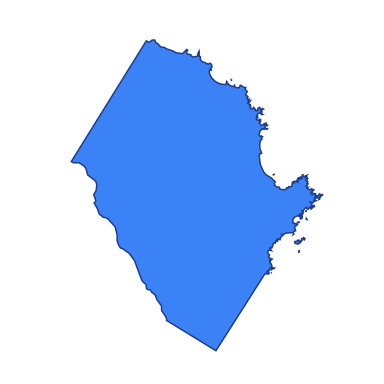 Florentino Ameghino, Chubut, Argentina (orthographic projection), rotated 304°
{"feature_id": "61730980B85426679485259", "entity_name": "Florentino Ameghino", "entity_type": "district", "adm_level": 2, "iso_a3": "ARG", "parent_name": "Argentina", "parent_adm1": "Chubut", "projection": "orthographic", "projection_center": [-65.622, -44.445], "detail": "fine", "context": "isolated", "style": "filled", "palette": "blue", "viewbox_px": 384, "rotation_deg": 304, "n_neighbors": 0, "source": "geoboundaries", "source_scale": "gbopen_adm2", "svg_char_len": 6156}
<svg xmlns="http://www.w3.org/2000/svg" viewBox="0 0 384 384"><g transform="rotate(304 192 192)"><path d="M149.7,74.9L149.9,77.3L153.1,82.1L153.1,88.1L152.2,90.9L147.8,96.0L147.3,104.4L146.5,107.1L144.4,109.2L139.6,111.7L134.7,112.1L131.3,116.8L129.9,117.5L128.3,116.9L125.1,123.2L122.3,126.8L121.7,128.1L121.8,130.3L121.3,131.7L122.5,135.2L122.7,137.4L120.2,147.7L114.3,154.2L109.9,157.0L107.1,160.5L105.6,163.9L106.2,166.1L106.0,174.4L102.9,182.8L90.8,199.6L89.9,202.5L89.7,205.6L86.4,208.3L86.3,209.8L87.5,212.3L86.2,215.1L86.2,217.9L85.7,219.5L83.2,223.0L80.4,230.5L76.6,233.2L74.2,239.5L72.6,241.9L71.3,242.6L73.8,300.6L164.4,298.2L166.1,299.0L168.3,298.8L168.6,300.3L169.9,299.1L170.9,299.4L170.9,300.1L172.6,299.2L173.7,300.4L172.4,301.4L173.3,301.5L174.0,302.7L174.9,302.7L173.1,301.2L173.9,300.5L174.5,301.6L174.6,300.5L173.9,299.7L175.7,299.3L176.8,297.5L176.6,296.6L177.9,296.0L177.8,295.4L178.7,295.4L178.6,294.7L179.7,294.7L180.3,295.0L180.3,295.9L181.2,296.0L180.7,295.2L181.1,294.3L180.2,293.5L180.6,292.2L183.3,291.4L183.2,290.0L185.3,287.7L187.3,288.8L187.8,290.6L188.5,289.0L188.0,288.7L189.1,287.9L190.6,289.9L190.4,289.2L191.3,289.3L191.0,288.5L191.8,289.2L194.6,288.3L196.0,288.7L196.2,289.5L197.6,288.8L198.7,290.3L199.3,290.1L199.1,289.1L200.4,289.0L200.8,290.3L201.5,289.7L202.1,290.1L201.9,291.6L204.2,290.9L206.9,291.4L207.1,290.6L207.4,291.7L208.9,291.8L210.8,293.3L214.9,298.6L216.4,298.4L217.8,299.6L220.4,296.5L223.8,297.7L223.9,295.9L222.9,295.0L223.4,294.3L222.8,292.7L225.5,291.1L229.1,291.2L231.6,293.2L231.7,295.5L230.5,296.8L231.3,297.0L231.1,297.7L232.4,297.9L234.4,296.3L234.1,295.4L233.5,295.8L232.8,295.1L232.9,294.1L233.6,293.5L235.1,295.2L235.6,294.9L236.2,296.1L236.8,295.1L237.5,295.4L237.8,294.2L238.2,295.0L238.7,294.4L242.2,295.0L243.2,295.6L242.5,296.8L243.0,296.8L242.7,297.9L247.2,298.7L247.5,299.4L247.0,300.0L248.4,301.7L249.2,300.9L247.6,298.9L249.2,297.8L249.7,295.8L250.0,296.6L249.5,296.9L249.6,297.9L252.3,298.6L253.2,297.7L253.6,298.4L253.2,299.0L254.2,299.8L254.1,298.9L255.3,297.8L255.3,297.0L256.4,297.5L257.6,297.0L257.6,296.4L258.5,296.7L258.4,295.9L259.7,295.4L258.6,293.7L257.4,293.5L257.7,293.0L256.7,292.5L257.0,291.4L258.3,290.7L259.2,291.9L259.5,291.3L261.9,291.9L261.8,290.5L260.8,289.7L261.3,289.0L260.0,288.7L259.2,287.5L259.4,285.7L260.7,285.8L259.8,284.9L261.0,284.3L260.6,283.1L263.6,283.7L264.1,283.2L263.7,282.4L266.0,281.8L265.1,281.6L266.3,280.7L265.8,279.9L267.3,280.3L266.9,279.7L267.9,279.6L267.8,279.0L268.3,279.0L267.4,277.9L270.0,278.0L268.0,276.6L267.0,274.7L265.4,275.2L265.3,274.1L264.6,274.1L264.9,273.5L263.9,273.3L263.4,273.8L263.9,275.1L263.2,274.8L263.0,273.5L263.7,272.9L263.3,272.1L260.9,272.4L261.0,273.5L259.2,274.5L259.0,273.7L259.7,272.8L257.9,270.7L257.2,270.3L256.9,271.3L256.4,270.1L255.9,270.6L255.6,270.0L253.2,271.3L251.7,271.2L250.5,269.2L249.0,269.4L248.6,268.2L246.7,268.5L244.2,265.2L243.7,262.8L244.9,261.8L243.7,259.7L243.7,256.9L245.4,255.5L247.0,255.3L248.0,249.9L247.7,243.8L248.7,240.2L252.9,233.4L259.1,227.8L261.4,226.9L263.0,228.1L266.4,223.6L270.0,221.1L272.9,220.0L274.8,220.5L275.6,219.3L277.3,219.5L277.1,217.9L276.6,218.0L276.3,216.8L277.1,215.4L281.7,214.1L282.4,214.9L283.7,214.9L283.7,215.6L284.3,215.8L284.3,216.8L285.5,217.1L285.8,218.2L286.7,215.9L287.7,215.1L288.5,215.3L288.7,217.2L289.6,217.3L289.1,216.3L290.6,214.9L288.6,213.5L287.6,213.7L286.0,212.0L286.8,209.4L287.7,208.9L288.2,209.4L288.6,208.7L289.4,209.2L290.5,208.4L290.2,207.6L288.6,207.3L288.2,205.9L288.9,205.5L288.4,204.7L289.4,203.8L290.5,203.8L290.7,204.6L291.4,203.2L292.0,203.6L292.4,202.9L294.1,202.9L295.7,204.4L295.1,206.6L295.9,207.3L295.8,206.4L296.6,205.4L296.4,204.6L297.1,204.0L297.6,204.7L297.9,203.6L298.5,203.6L298.4,204.2L298.9,204.8L298.7,204.3L299.7,204.1L300.7,204.9L300.8,203.9L299.6,203.5L299.2,202.4L300.0,200.7L298.3,199.9L296.5,200.8L295.4,200.1L295.1,199.1L295.7,198.9L296.6,195.9L294.6,195.7L293.7,193.9L294.6,192.6L295.3,192.3L295.7,192.9L296.0,191.6L297.0,191.5L296.6,188.7L298.0,188.2L298.2,189.3L300.1,189.4L299.1,188.7L299.1,187.9L301.0,187.5L299.9,186.7L300.0,185.7L302.0,185.1L301.6,184.8L302.6,183.8L302.2,183.0L302.9,181.9L306.2,181.6L306.8,178.8L308.7,178.1L307.8,176.9L307.8,172.9L307.4,172.3L305.1,172.9L303.4,171.0L303.1,168.8L304.2,167.6L302.8,167.4L301.9,165.9L301.4,162.9L302.0,161.1L299.7,159.6L297.9,156.3L296.8,152.0L296.7,149.1L297.6,144.4L299.9,140.3L302.3,138.4L306.8,138.7L308.5,137.1L309.0,135.2L306.8,133.6L307.1,133.0L306.4,132.0L306.7,130.0L305.8,128.5L305.9,126.6L306.5,125.0L308.9,123.1L308.7,122.0L310.2,120.9L310.0,120.2L311.6,120.1L312.7,119.1L309.8,119.6L308.0,120.8L304.5,117.6L304.4,115.1L305.2,114.3L303.9,111.3L304.6,109.5L306.5,108.7L307.0,109.1L307.3,108.0L301.4,106.8L298.5,100.9L298.3,97.5L296.4,90.8L296.4,88.2L294.8,85.2L295.8,80.7L295.6,78.5L297.1,76.3L296.7,75.3L295.5,73.9L292.2,72.8L291.7,69.6L149.7,74.9ZM210.5,307.0L208.3,304.9L207.1,306.2L207.7,308.3L208.7,309.4L210.4,309.6L210.5,310.2L214.2,310.2L211.4,309.2L211.1,308.5L211.9,307.5L211.0,306.5L210.5,307.0ZM261.8,298.9L257.9,298.2L256.9,298.9L258.1,300.6L257.8,301.4L258.7,301.4L261.6,300.0L261.8,298.9ZM215.8,310.1L214.7,309.0L214.2,309.2L215.5,310.2L215.0,311.8L216.5,311.9L216.6,310.0L215.8,310.1ZM246.7,300.8L245.1,299.3L244.4,300.3L246.7,300.8ZM262.8,301.3L261.3,300.7L260.8,301.4L262.7,301.9L262.8,301.3ZM253.2,250.6L251.5,249.6L251.1,249.6L253.2,250.6ZM240.9,297.3L239.8,296.9L238.9,297.4L240.9,297.3ZM227.0,297.7L226.0,296.3L225.4,296.6L226.4,297.8L227.0,297.7ZM167.6,301.3L167.2,300.6L166.3,300.6L166.9,301.3L167.6,301.3ZM303.0,140.0L304.0,139.9L304.1,139.5L303.0,140.0ZM203.3,313.8L203.0,313.5L201.8,314.3L202.0,314.4L203.3,313.8ZM302.9,159.6L303.0,158.9L302.0,159.3L302.9,159.6ZM233.5,302.7L234.0,301.6L233.2,302.0L233.5,302.7ZM213.4,299.8L214.1,300.1L214.3,299.7L213.4,299.8ZM306.0,162.8L307.1,162.0L307.1,161.8L306.0,162.8ZM268.1,274.3L267.5,273.9L267.1,274.2L267.3,274.4L268.1,274.3ZM257.9,301.6L257.4,301.3L256.8,301.4L257.3,301.8L257.9,301.6ZM286.6,219.1L286.1,218.4L285.7,218.5L286.2,219.1L286.6,219.1ZM169.5,303.1L168.9,302.9L169.9,303.3L169.5,303.1Z" fill="#3b82f6" stroke="#1e3a8a" stroke-width="1.5"/></g></svg>